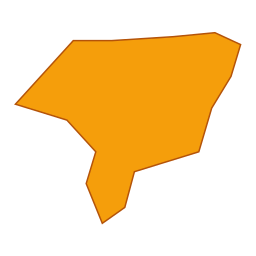 map outline of Fgura (Albers equal-area conic projection)
{"feature_id": "MLT-5959", "entity_name": "Fgura", "entity_type": "state/province", "adm_level": 1, "iso_a3": "MLT", "parent_name": "Malta", "parent_adm1": "", "projection": "albers", "projection_center": [14.52, 35.867], "detail": "fine", "context": "isolated", "style": "filled", "palette": "amber", "viewbox_px": 256, "rotation_deg": 0, "n_neighbors": 0, "source": "natural_earth", "source_scale": "10m", "svg_char_len": 325}
<svg xmlns="http://www.w3.org/2000/svg" viewBox="0 0 256 256"><path d="M198.8,151.8L160.2,163.7L134.4,171.7L124.8,207.4L102.3,223.3L86.2,183.6L95.8,151.8L66.9,120.1L15.4,104.2L73.3,40.6L111.9,40.6L173.1,36.7L214.9,32.7L240.6,44.6L231.0,76.4L211.7,108.1L198.8,151.8Z" fill="#f59e0b" stroke="#b45309" stroke-width="1.5"/></svg>